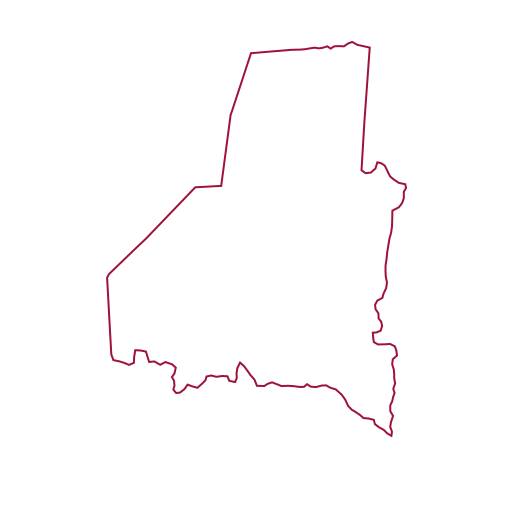 outline of Saúde, Bahia, Brazil, rotated 170°
{"feature_id": "56859067B4343183241254", "entity_name": "Saúde", "entity_type": "district", "adm_level": 2, "iso_a3": "BRA", "parent_name": "Brazil", "parent_adm1": "Bahia", "projection": "mercator", "projection_center": [-40.398, -10.907], "detail": "fine", "context": "isolated", "style": "outline", "palette": "rose", "viewbox_px": 512, "rotation_deg": 170, "n_neighbors": 0, "source": "geoboundaries", "source_scale": "gbopen_adm2", "svg_char_len": 2205}
<svg xmlns="http://www.w3.org/2000/svg" viewBox="0 0 512 512"><g transform="rotate(170 256 256)"><path d="M225.7,456.6L254.2,403.4L256.5,399.3L278.1,331.1L303.9,334.2L361.2,292.3L375.0,283.2L403.8,263.8L406.4,260.5L415.6,184.2L414.5,178.2L408.7,175.9L404.1,173.5L399.9,170.8L394.8,172.0L393.6,177.5L391.3,184.2L386.1,183.0L381.0,181.0L380.4,175.9L379.6,170.2L374.4,169.8L369.2,165.5L363.7,167.3L357.4,163.9L354.4,160.0L356.7,154.5L359.8,151.4L358.4,147.3L358.8,142.5L360.6,138.8L358.4,134.9L354.6,134.7L349.6,137.3L345.7,141.2L341.2,138.6L336.6,136.4L331.0,139.8L327.4,142.4L325.6,145.9L320.8,146.1L316.0,143.9L310.2,143.7L305.0,142.5L304.0,137.7L298.5,135.5L296.1,139.2L295.6,143.7L293.8,148.9L290.2,153.8L286.9,149.6L284.2,144.2L282.2,139.8L279.0,134.6L277.6,128.0L270.4,126.5L267.0,128.0L262.1,128.8L257.4,125.9L253.5,123.5L246.9,122.6L241.5,121.3L235.9,119.5L231.5,118.8L228.0,120.9L224.7,117.8L219.8,116.5L213.7,117.0L209.3,116.4L205.7,113.4L200.5,110.7L195.7,104.5L193.1,99.1L191.3,92.3L188.3,87.9L185.1,85.2L181.1,81.3L178.3,77.7L173.3,76.4L168.4,74.2L168.1,69.8L164.5,65.9L160.4,62.6L157.7,58.7L153.9,55.4L152.6,59.3L153.5,64.4L152.1,68.5L148.8,74.8L150.7,79.8L149.8,85.4L147.1,89.3L145.3,93.6L143.3,97.0L143.9,101.3L141.1,106.4L141.1,111.8L140.4,115.7L140.0,120.4L140.7,125.7L139.2,130.6L134.4,133.5L134.2,138.4L135.0,143.0L139.3,146.1L144.8,146.7L151.2,147.7L154.9,150.8L154.8,154.9L154.3,160.2L150.6,159.8L146.2,160.8L143.9,165.3L144.2,169.7L146.1,173.1L145.4,178.3L147.5,182.8L147.2,187.3L144.3,191.0L138.8,192.8L137.0,196.7L133.4,201.8L131.6,207.1L131.8,212.8L131.2,217.9L130.1,224.0L128.0,230.3L125.9,237.6L123.8,243.5L121.6,249.9L118.8,255.7L117.0,261.3L116.0,265.8L115.2,269.7L113.8,277.0L106.8,279.2L103.0,282.7L100.4,287.2L99.3,293.5L96.4,297.0L96.6,300.8L102.8,303.3L107.2,307.6L110.0,310.9L111.4,315.2L112.4,319.0L113.5,322.6L116.4,325.5L120.2,327.2L123.2,321.4L128.4,318.2L133.8,318.6L137.2,322.1L126.2,368.3L107.8,441.5L119.6,446.4L124.1,450.1L128.4,449.3L133.0,447.2L137.9,448.3L142.5,448.9L146.5,447.3L149.3,450.1L153.9,449.5L157.6,449.5L162.3,451.0L166.9,451.1L171.4,451.1L176.1,451.5L181.9,452.4L186.2,453.0L225.7,456.6Z" fill="none" stroke="#9f1239" stroke-width="2"/></g></svg>